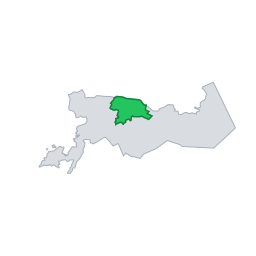 Bukhoro highlighted on a map of Uzbekistan, rotated 152°
{"feature_id": "UZB-354", "entity_name": "Bukhoro", "entity_type": "Region", "adm_level": 1, "iso_a3": "UZB", "parent_name": "Uzbekistan", "parent_adm1": "", "projection": "robinson", "projection_center": [64.255, 40.217], "detail": "fine", "context": "in_parent", "style": "filled", "palette": "green", "viewbox_px": 256, "rotation_deg": 152, "n_neighbors": 0, "source": "natural_earth", "source_scale": "10m", "svg_char_len": 5906}
<svg xmlns="http://www.w3.org/2000/svg" viewBox="0 0 256 256"><g transform="rotate(152 128 128)"><path d="M196.9,116.7L200.4,115.1L202.5,116.2L202.6,116.8L200.5,118.0L198.5,118.6L198.0,120.1L196.1,120.7L194.1,122.8L191.1,124.9L191.1,125.4L191.4,125.7L192.4,126.0L194.4,127.1L196.4,126.5L196.9,126.6L197.4,127.3L198.0,129.2L198.9,129.7L201.8,130.7L203.9,130.7L205.0,131.1L205.1,130.9L205.2,128.1L206.1,128.6L207.0,128.2L207.4,126.8L207.1,125.9L207.8,125.3L208.2,125.7L208.3,126.5L209.3,127.1L210.1,128.5L210.4,130.1L212.4,130.5L213.1,130.2L213.6,130.4L214.0,132.4L214.3,132.6L215.9,132.2L217.6,133.1L219.4,134.6L221.3,134.7L221.7,135.0L223.1,134.7L224.7,135.2L224.8,135.4L224.5,135.8L220.8,137.6L219.8,138.9L218.9,139.3L216.6,138.6L216.3,139.4L216.7,140.2L216.2,141.1L215.0,140.7L214.8,140.3L213.6,140.5L212.3,141.9L211.7,143.0L210.5,143.4L208.8,144.5L208.0,143.6L206.8,143.7L205.1,142.8L204.3,142.6L197.0,143.8L196.4,143.6L195.6,142.1L193.7,141.3L193.8,140.5L197.5,137.4L197.9,136.4L196.6,135.9L196.8,135.0L194.3,132.5L193.8,132.3L193.5,132.4L192.6,134.3L186.2,137.5L185.2,137.2L183.7,136.0L182.7,135.6L181.6,136.6L181.7,137.8L180.5,138.8L181.7,142.1L181.5,142.5L180.7,142.6L181.4,143.9L180.8,144.0L177.7,143.5L174.1,144.3L174.2,144.8L177.4,144.7L177.9,144.9L178.0,145.3L177.8,145.6L176.1,145.9L175.9,146.4L176.8,147.9L176.4,148.2L175.8,147.9L175.3,148.9L174.2,148.8L173.7,151.7L172.8,152.7L171.6,153.1L163.8,151.8L161.8,152.7L160.5,154.0L159.7,157.1L159.8,157.5L163.1,158.7L163.7,160.6L167.7,160.7L168.3,161.0L168.7,161.5L168.9,162.0L167.8,165.1L168.2,167.8L168.9,169.1L171.3,171.4L171.2,172.8L170.7,173.9L170.1,174.9L169.3,175.4L168.4,176.7L167.5,178.3L165.9,180.3L165.3,181.5L165.2,184.9L164.7,185.9L164.7,185.5L164.0,185.1L162.3,185.0L161.9,184.6L159.7,185.4L158.2,185.0L156.8,183.6L154.0,183.1L150.5,183.4L150.3,179.9L150.5,177.4L151.7,175.3L151.6,174.9L151.0,174.2L148.9,173.7L146.4,172.1L144.1,171.0L142.8,170.6L141.3,171.2L140.0,171.1L133.8,166.9L128.6,163.9L125.1,160.8L123.4,161.1L118.9,158.3L115.9,155.2L106.2,148.6L104.3,146.9L103.9,146.1L103.2,142.0L102.3,140.1L101.1,139.1L100.0,137.2L98.5,132.4L97.9,131.5L95.0,129.5L93.4,129.0L92.1,129.3L91.5,130.1L90.5,130.2L86.3,129.4L81.6,129.8L77.5,127.3L77.3,126.9L77.3,126.2L78.1,124.6L78.0,123.9L77.5,123.2L77.5,122.3L77.9,121.9L78.6,122.0L78.9,121.7L78.8,121.3L77.9,120.3L76.0,119.4L76.4,118.8L76.5,117.2L76.8,116.4L76.6,116.1L75.2,115.0L70.6,114.9L69.6,114.6L68.7,114.1L67.9,112.4L67.4,112.0L64.3,111.3L61.1,108.3L60.5,109.6L59.8,109.9L57.4,109.5L56.2,110.4L59.1,113.4L59.7,114.3L59.7,114.9L58.8,115.0L58.1,113.5L57.6,113.1L54.8,112.3L53.8,113.2L53.5,114.4L52.2,116.4L50.8,116.8L47.4,116.9L46.3,117.3L45.6,117.9L44.3,119.6L42.6,121.0L43.0,126.6L44.1,128.0L42.9,129.2L31.2,128.4L33.1,77.7L49.8,73.1L61.8,70.1L88.5,86.0L89.1,86.7L89.5,88.0L90.1,89.1L99.2,98.5L112.8,96.6L126.5,97.6L131.7,95.4L135.8,99.5L138.3,101.0L141.7,106.9L145.0,105.4L144.5,112.5L144.2,114.7L144.1,119.0L149.6,119.1L150.9,126.0L152.1,130.3L153.3,130.8L163.7,130.2L164.5,130.5L165.9,130.1L166.9,131.5L168.0,132.4L167.3,135.4L168.6,136.6L171.5,138.1L173.3,138.0L173.6,137.5L173.5,136.8L173.1,136.0L173.1,135.2L173.3,134.5L175.0,132.2L177.8,130.0L178.4,129.2L178.6,127.7L179.6,126.9L182.0,126.0L182.4,125.3L185.3,123.5L188.6,122.4L190.1,121.5L191.5,119.8L193.6,117.9L194.4,117.9L195.0,118.5L195.5,118.5L196.9,116.7ZM196.7,133.7L196.3,132.8L195.7,132.5L196.3,133.7L196.7,133.7ZM203.4,148.1L201.2,148.0L201.5,146.7L200.7,146.1L200.5,145.4L200.7,144.8L201.2,144.5L201.9,145.5L203.6,145.9L203.0,146.9L203.5,147.9L203.4,148.1ZM210.0,146.7L209.6,147.9L208.6,147.3L208.7,147.0L210.0,146.7Z" fill="#d9dde1" stroke="#a8b0b8" stroke-width="1"/><path d="M123.6,161.2L123.3,161.2L122.9,161.0L121.1,159.8L119.5,158.7L118.2,157.8L117.5,157.2L116.3,155.5L115.6,154.9L114.0,153.8L110.3,151.3L108.5,150.1L106.9,149.0L105.6,148.1L104.9,147.5L104.8,147.4L104.0,146.5L103.9,146.1L103.7,145.3L103.7,145.0L103.7,144.7L103.8,144.5L103.9,144.2L103.8,143.9L103.5,143.2L103.4,142.9L103.4,142.6L103.4,142.3L103.3,142.0L103.0,141.5L103.0,141.2L102.9,140.7L101.9,140.0L101.3,139.9L101.1,139.7L103.4,136.9L104.0,135.7L103.9,135.3L103.5,134.7L101.7,132.8L104.3,131.7L101.1,127.4L105.1,126.0L106.0,126.0L106.4,126.8L106.7,127.2L108.5,129.3L110.1,131.8L110.3,131.9L111.3,132.1L112.8,132.7L114.5,133.6L117.9,135.5L118.2,135.9L118.6,136.3L118.6,136.6L119.9,136.1L120.7,135.0L121.4,133.7L121.6,133.5L121.8,133.3L122.1,133.2L122.3,133.3L122.5,133.4L122.7,133.8L122.8,134.2L122.8,135.1L123.0,135.4L123.4,135.6L126.5,135.9L126.7,135.7L127.1,134.5L127.3,134.4L127.7,134.2L129.2,134.2L129.7,134.1L130.0,133.9L130.4,133.5L130.5,133.5L130.6,133.8L130.9,135.2L131.0,135.6L131.1,136.0L131.5,136.3L131.9,136.5L133.0,136.7L136.5,137.0L137.0,136.8L136.7,137.7L136.7,138.0L136.7,138.4L136.7,138.7L136.7,139.0L136.7,139.3L136.0,139.2L135.9,139.2L135.7,139.3L135.6,139.5L135.2,140.5L135.0,140.8L134.8,141.0L134.5,141.7L134.4,142.0L133.1,141.9L132.8,141.9L132.6,141.7L132.3,141.5L132.1,141.5L131.9,141.5L131.5,141.5L131.3,141.6L131.2,141.7L131.2,141.9L131.1,142.0L131.2,142.4L131.5,142.7L131.3,143.2L131.2,143.3L131.3,143.6L131.6,143.9L131.8,144.1L131.5,144.3L131.4,144.3L131.2,144.4L131.0,144.5L130.4,145.5L130.3,145.8L130.1,145.9L129.9,146.1L129.2,146.4L129.1,146.5L128.6,147.1L128.4,147.5L128.3,147.9L128.4,148.2L129.3,149.3L129.6,149.5L130.1,149.8L130.2,150.0L130.4,150.2L130.6,150.2L131.1,150.0L131.3,150.0L132.7,150.8L132.9,151.1L133.0,151.4L133.0,151.6L133.1,151.9L133.2,152.2L133.4,152.3L133.7,152.4L133.8,152.5L134.0,152.7L134.2,152.9L134.3,153.0L134.4,153.5L134.5,153.6L134.5,154.0L134.0,154.4L132.8,155.5L132.7,155.6L132.4,155.6L132.2,155.7L131.3,156.6L131.2,156.8L131.1,157.0L131.2,157.3L131.3,157.4L131.6,157.8L131.7,158.0L129.7,158.9L129.1,159.1L127.5,159.7L127.0,160.1L125.9,161.1L125.7,161.3L125.4,160.9L125.1,160.7L124.8,160.8L123.9,161.2L123.6,161.2Z" fill="#22c55e" stroke="#15803d" stroke-width="1.5"/></g></svg>